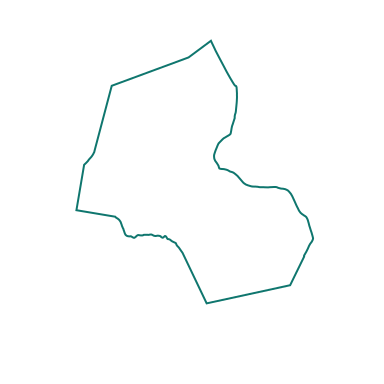 Proteccion, Santa Bárbara, Honduras (Mercator projection), rotated 144°
{"feature_id": "27666195B44112403281075", "entity_name": "Proteccion", "entity_type": "district", "adm_level": 2, "iso_a3": "HND", "parent_name": "Honduras", "parent_adm1": "Santa Bárbara", "projection": "mercator", "projection_center": [-88.617, 15.083], "detail": "fine", "context": "isolated", "style": "outline", "palette": "teal", "viewbox_px": 384, "rotation_deg": 144, "n_neighbors": 0, "source": "geoboundaries", "source_scale": "gbopen_adm2", "svg_char_len": 5857}
<svg xmlns="http://www.w3.org/2000/svg" viewBox="0 0 384 384"><g transform="rotate(144 192 192)"><path d="M93.2,269.5L92.6,273.5L91.2,283.4L90.4,288.8L89.8,292.9L89.6,293.7L88.9,297.5L88.2,301.3L87.8,303.2L115.7,302.9L194.5,325.1L245.8,283.3L247.7,281.7L248.8,281.2L249.3,280.9L250.4,280.4L251.5,280.0L252.7,279.6L254.1,279.3L255.1,279.1L255.6,279.0L256.8,278.7L257.5,278.4L258.2,278.2L259.3,278.0L260.3,277.8L263.3,277.4L296.2,245.2L268.6,217.1L268.6,216.5L268.6,216.3L268.3,215.4L268.1,215.0L267.9,214.4L267.7,214.0L267.6,213.5L267.4,212.8L267.3,212.2L267.3,211.6L267.3,211.0L267.3,210.5L267.3,210.2L267.4,209.8L267.4,209.5L267.6,208.9L267.9,207.9L268.0,207.4L268.4,206.2L268.6,205.8L268.7,205.1L269.0,204.0L269.1,203.5L269.2,202.9L269.2,202.5L269.4,202.0L269.7,201.3L269.8,200.8L270.4,198.9L270.7,197.9L270.8,197.6L270.8,197.4L270.8,197.1L270.9,196.5L270.9,196.2L270.8,195.9L270.7,195.5L270.6,195.1L270.4,194.7L270.2,194.4L270.0,194.1L269.7,193.8L269.3,193.4L268.9,193.1L268.5,192.7L268.2,192.5L268.0,192.4L267.7,192.3L267.6,192.2L267.4,192.0L266.4,189.8L266.3,189.6L266.2,189.5L266.1,189.3L265.9,189.1L265.6,188.9L265.4,188.8L265.1,188.8L264.8,188.8L264.4,188.8L264.0,188.8L263.7,188.8L263.0,189.0L262.6,189.0L262.1,189.0L261.8,189.0L261.5,189.0L261.2,188.9L260.9,188.8L260.6,188.6L260.4,188.4L260.2,188.2L259.6,187.6L259.2,187.2L258.7,186.8L258.2,186.4L257.7,186.1L257.4,185.9L257.1,185.8L256.6,185.8L256.5,185.7L256.3,185.7L256.1,185.6L255.0,184.9L253.8,184.0L253.2,183.6L252.7,183.1L252.3,182.8L251.9,182.6L251.4,182.4L250.9,182.2L250.3,181.8L250.0,181.5L249.8,181.4L249.7,181.3L249.6,181.1L249.3,180.6L249.1,180.2L248.9,179.7L248.7,179.3L248.5,179.0L248.3,178.8L247.9,178.3L247.5,177.9L247.2,177.7L246.5,177.4L246.2,177.2L245.7,177.0L245.1,176.6L244.8,176.3L244.6,176.1L244.4,175.9L244.0,175.5L243.6,174.9L243.4,174.6L243.4,174.4L243.4,174.0L243.4,173.7L243.2,173.3L243.1,173.1L243.0,172.8L242.8,172.5L242.6,172.3L242.5,172.2L242.3,172.2L241.8,172.1L240.9,172.2L240.3,172.3L240.0,172.3L239.9,172.3L239.8,172.2L239.7,172.2L239.4,171.9L239.3,171.7L239.2,171.1L239.2,170.9L239.4,168.7L239.4,168.4L239.3,168.2L238.9,167.9L238.7,167.7L238.4,167.3L238.1,166.9L237.8,166.3L237.7,166.1L237.6,165.8L237.6,165.6L237.5,165.1L237.4,164.8L237.1,163.9L237.0,163.6L236.6,162.9L235.3,160.5L235.2,160.3L235.2,160.2L235.2,159.9L235.2,159.7L235.4,159.1L235.5,158.7L235.6,158.1L235.6,157.7L235.6,156.9L235.6,156.7L235.5,156.2L235.4,155.7L235.3,154.6L235.4,150.8L235.4,148.4L245.6,93.3L167.4,58.9L139.3,73.8L139.3,74.0L139.2,74.1L139.0,74.4L138.9,74.5L138.7,74.6L138.4,74.8L137.8,75.1L136.8,75.5L136.4,75.7L134.6,76.5L132.5,77.6L131.7,78.0L130.7,78.6L130.3,78.8L129.7,79.2L129.4,79.4L129.0,79.6L128.4,79.9L127.5,80.3L126.9,80.6L126.2,80.8L125.2,81.1L124.7,81.3L124.2,81.4L123.7,81.7L123.1,82.0L122.4,82.4L122.2,82.6L121.9,82.8L121.7,82.9L121.5,83.1L121.4,83.3L121.2,83.5L121.0,84.0L120.3,85.7L119.8,87.1L119.2,88.7L118.5,91.0L117.4,94.2L117.0,95.5L116.6,96.5L115.8,98.5L115.5,99.4L115.1,100.4L114.7,101.7L114.6,102.1L114.5,102.7L114.4,103.4L114.3,103.9L114.3,104.3L114.3,104.8L114.4,105.1L114.5,105.5L114.6,105.9L115.1,107.0L115.3,107.7L115.6,108.5L116.0,109.6L116.1,110.2L116.3,110.9L116.4,111.5L116.4,112.2L116.4,112.8L116.4,113.7L116.3,114.6L116.2,115.1L115.9,116.6L115.7,118.1L115.4,119.8L114.4,124.5L113.6,128.5L113.4,129.5L113.3,130.3L113.2,131.4L113.1,131.8L113.1,132.5L113.1,133.1L113.2,134.0L113.2,134.9L113.3,135.4L113.4,136.2L113.5,136.7L113.6,137.1L113.8,137.4L113.9,137.7L114.1,138.1L114.3,138.4L114.5,138.8L114.8,139.2L115.0,139.6L115.3,139.9L115.7,140.3L116.1,140.8L116.5,141.2L117.1,141.7L117.7,142.2L117.9,142.4L118.2,142.7L118.5,143.1L119.2,143.9L119.7,144.6L120.1,145.1L120.4,145.8L120.6,146.0L120.8,146.3L121.1,146.6L121.3,146.8L122.0,147.3L122.6,147.8L123.1,148.1L124.2,148.8L125.7,149.8L126.5,150.3L127.7,151.0L128.9,151.9L131.4,153.9L133.6,155.5L134.6,156.3L134.9,156.6L135.2,157.0L135.4,157.2L136.0,157.8L136.6,158.3L137.5,159.1L138.0,159.4L138.8,160.1L139.5,160.5L139.8,160.9L140.2,161.2L140.5,161.5L141.3,162.5L142.2,163.7L142.9,164.6L143.3,165.3L143.7,165.8L143.9,166.2L144.2,166.8L144.3,167.2L144.5,167.7L144.7,168.1L144.8,168.7L145.0,169.2L145.0,169.6L145.1,170.1L145.4,174.1L145.7,177.6L145.7,178.1L145.8,178.5L146.0,179.3L146.3,180.7L146.6,181.7L146.9,182.7L147.0,183.1L147.2,183.4L147.3,183.7L147.6,184.1L147.8,184.4L148.0,184.8L148.4,185.2L148.7,185.6L149.0,186.0L149.2,186.3L149.4,186.6L149.5,187.0L149.9,187.8L150.1,188.3L150.3,188.7L150.5,189.0L150.9,189.6L151.3,190.1L151.9,190.8L152.4,191.4L152.9,191.9L153.4,192.3L154.2,193.0L154.5,193.2L155.1,193.8L155.4,194.1L155.7,194.5L155.9,194.8L156.0,194.9L156.0,195.1L155.9,195.5L155.5,196.8L155.1,197.8L155.1,198.0L154.9,200.7L154.9,203.3L154.9,203.6L154.8,204.0L154.7,204.5L154.6,205.0L154.5,205.4L154.2,206.2L154.0,206.6L153.7,207.0L153.5,207.4L153.3,207.7L153.0,208.2L152.7,208.5L152.4,208.9L151.9,209.3L151.4,209.7L151.0,210.0L149.6,211.0L148.3,211.9L146.0,213.3L143.8,214.7L143.4,214.9L143.0,215.1L142.5,215.4L141.9,215.7L141.6,215.7L141.4,215.8L136.2,216.7L135.8,216.7L135.3,216.8L135.0,216.8L134.6,216.8L128.1,216.2L127.8,216.2L127.4,216.3L127.1,216.3L126.9,216.4L126.7,216.4L126.4,216.6L126.1,216.8L125.9,217.0L124.3,218.5L122.5,220.3L121.6,221.1L121.3,221.4L120.4,222.1L119.2,222.9L115.8,225.4L114.3,226.5L114.1,226.6L113.9,226.8L113.8,227.0L113.5,227.5L113.2,227.8L113.0,228.1L112.8,228.3L112.2,228.9L111.5,229.5L111.2,229.7L110.5,230.2L110.1,230.5L109.8,230.8L108.9,231.7L108.3,232.4L105.9,235.1L103.6,237.7L102.5,239.0L100.8,241.1L99.7,242.5L99.3,243.1L98.7,244.0L97.7,245.3L96.3,247.5L95.7,248.4L94.6,250.2L94.4,250.5L94.3,250.9L94.2,251.1L94.2,251.3L94.1,251.6L94.2,251.9L94.2,252.0L94.4,252.2L94.5,252.4L94.6,252.6L94.6,252.8L94.7,253.5L94.7,254.2L94.7,254.8L94.6,256.0L94.5,257.5L94.1,261.8L93.6,266.2L93.2,269.5Z" fill="none" stroke="#0f766e" stroke-width="2"/></g></svg>